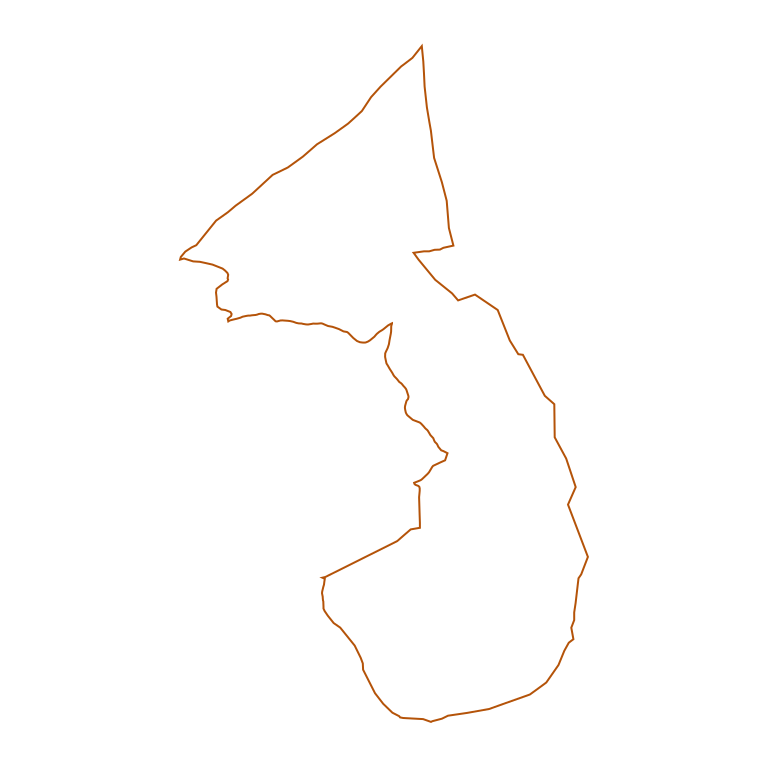 outline of Oturkpo, Benue, Nigeria
{"feature_id": "59680162B20372712773645", "entity_name": "Oturkpo", "entity_type": "district", "adm_level": 2, "iso_a3": "NGA", "parent_name": "Nigeria", "parent_adm1": "Benue", "projection": "robinson", "projection_center": [8.02, 7.291], "detail": "fine", "context": "isolated", "style": "outline", "palette": "amber", "viewbox_px": 768, "rotation_deg": 0, "n_neighbors": 0, "source": "geoboundaries", "source_scale": "gbopen_adm2", "svg_char_len": 3610}
<svg xmlns="http://www.w3.org/2000/svg" viewBox="0 0 768 768"><path d="M400.1,717.4L403.1,718.0L423.1,719.1L431.0,721.9L432.3,721.2L441.9,718.7L448.0,715.7L467.2,712.9L489.1,709.0L503.1,704.0L529.9,694.5L544.3,684.0L546.3,682.5L558.5,665.0L564.3,650.8L568.8,642.7L573.4,639.2L571.3,627.7L574.2,620.1L574.2,612.4L575.6,603.1L578.5,578.3L581.2,574.4L587.9,556.9L568.0,504.6L575.7,487.1L566.2,458.6L554.7,437.3L554.3,404.2L544.8,395.8L522.9,354.8L518.3,354.2L509.8,340.5L497.7,310.0L475.0,294.6L458.1,300.4L452.1,293.4L435.2,279.8L418.6,259.7L413.6,252.8L424.2,251.3L429.3,251.3L434.6,249.8L439.9,249.6L443.4,247.8L453.4,245.6L448.9,228.0L446.7,200.8L441.9,182.3L434.1,157.9L433.0,148.6L430.9,130.7L429.4,122.3L426.9,107.4L424.6,86.5L424.0,73.8L423.3,61.5L421.8,46.1L412.4,57.9L403.1,65.0L401.2,66.4L380.6,86.6L371.1,97.1L361.9,111.0L357.8,114.8L348.1,123.6L334.7,133.2L317.0,144.3L308.3,151.9L302.9,156.6L287.8,167.5L272.6,174.9L264.9,182.0L252.2,193.7L235.6,205.7L227.8,212.3L216.1,220.6L198.7,242.2L196.3,245.2L191.6,247.4L185.3,251.6L180.8,257.0L180.1,259.6L184.0,258.5L193.2,261.4L199.8,261.8L205.4,263.0L212.5,264.6L220.1,267.6L222.6,268.6L225.0,270.5L227.4,272.9L228.2,274.8L227.6,278.3L228.1,279.5L227.5,281.1L222.3,284.4L216.6,288.8L216.0,292.6L216.5,296.8L217.0,304.3L217.4,306.6L221.4,309.5L225.3,310.0L230.4,312.0L231.6,314.0L231.1,316.0L229.2,317.5L227.7,318.7L228.3,321.4L229.7,320.5L232.7,319.7L236.9,318.7L240.4,317.7L242.6,316.7L246.4,315.9L248.2,315.6L250.0,315.6L251.8,315.3L253.9,315.1L255.5,315.0L257.2,314.6L258.8,314.0L260.7,313.7L262.4,313.7L265.4,314.3L267.8,315.1L269.4,315.4L269.9,315.8L274.2,319.9L275.4,321.1L276.0,321.4L277.2,321.4L280.4,320.5L282.4,320.4L287.9,320.8L290.3,321.1L293.3,321.8L296.3,322.9L298.8,323.4L301.5,323.5L303.1,323.9L306.0,324.4L308.0,324.5L311.2,324.0L313.1,323.6L317.0,323.7L320.0,323.4L321.1,323.3L322.5,323.6L324.7,324.6L328.0,326.0L332.4,326.8L334.8,327.6L339.0,329.1L343.5,331.4L347.0,332.0L348.2,332.8L353.3,338.0L357.0,341.0L359.9,342.2L362.2,342.5L364.0,342.6L365.6,342.5L367.9,341.6L370.0,340.3L374.5,336.6L375.1,335.8L376.8,333.9L379.2,331.9L379.8,331.5L382.0,330.2L383.3,329.3L388.1,325.4L391.1,323.7L392.0,323.3L392.0,323.6L391.4,325.5L391.2,326.6L391.2,328.0L391.1,331.6L390.8,333.7L389.5,340.4L388.9,344.3L387.6,348.2L385.9,351.7L385.2,353.4L385.1,356.9L385.7,359.9L386.2,362.2L386.5,363.5L387.6,365.2L389.6,368.7L392.3,372.9L393.5,375.1L394.4,376.4L395.8,377.8L397.1,379.2L399.3,382.0L400.8,383.0L401.9,384.0L403.4,385.9L404.8,387.4L405.9,388.8L406.5,390.1L408.4,396.0L408.5,397.0L408.0,399.1L407.0,400.2L406.4,401.2L405.1,405.9L404.9,407.8L405.2,409.8L405.8,412.5L406.3,413.6L407.3,415.2L408.7,416.4L412.0,419.2L412.9,419.9L416.3,421.2L419.7,422.5L420.5,423.1L421.4,423.9L422.4,425.0L423.7,426.4L425.0,428.0L425.9,428.9L427.0,429.8L427.8,430.7L429.3,433.2L430.4,435.1L431.9,436.7L433.3,438.2L434.0,440.1L434.8,441.8L436.8,443.8L437.4,444.8L438.3,446.8L441.2,450.3L443.4,451.1L447.5,453.2L445.1,460.3L440.4,462.4L433.2,465.8L432.3,466.8L429.0,472.3L427.6,473.9L421.9,479.3L420.6,480.2L418.0,481.3L414.1,482.8L414.4,483.8L415.4,484.8L418.3,485.9L419.3,486.8L419.7,488.3L419.7,490.8L419.1,497.2L419.6,513.9L419.9,523.0L419.9,527.8L410.7,529.4L403.4,535.7L397.2,541.1L325.3,577.0L322.4,577.7L324.8,578.8L324.3,582.0L324.0,584.6L323.3,586.9L322.2,591.5L322.0,593.2L322.7,596.7L322.8,598.6L323.0,600.4L323.3,601.4L323.5,606.7L323.5,608.6L324.6,611.0L327.8,615.7L333.7,623.1L340.2,627.6L354.7,645.6L360.7,657.8L362.8,663.4L363.1,669.7L375.0,693.2L383.2,703.8L392.4,712.7L399.2,716.2L400.1,717.4Z" fill="none" stroke="#b45309" stroke-width="2"/></svg>